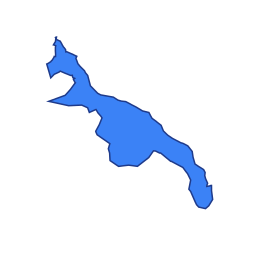 outline of Oyigbo, Rivers, Nigeria, rotated 33°
{"feature_id": "59680162B52775693188226", "entity_name": "Oyigbo", "entity_type": "district", "adm_level": 2, "iso_a3": "NGA", "parent_name": "Nigeria", "parent_adm1": "Rivers", "projection": "mercator", "projection_center": [7.218, 4.833], "detail": "fine", "context": "isolated", "style": "filled", "palette": "blue", "viewbox_px": 256, "rotation_deg": 33, "n_neighbors": 0, "source": "geoboundaries", "source_scale": "gbopen_adm2", "svg_char_len": 2856}
<svg xmlns="http://www.w3.org/2000/svg" viewBox="0 0 256 256"><g transform="rotate(33 128 128)"><path d="M141.0,165.3L141.4,165.0L144.8,162.1L148.8,158.8L151.9,157.3L156.8,155.0L161.5,141.5L161.8,133.3L163.7,132.3L168.1,131.8L169.0,131.2L181.9,132.7L182.9,132.2L183.2,132.3L195.5,131.2L200.5,133.1L202.9,133.9L208.9,137.5L212.4,146.2L215.1,147.1L224.5,153.3L227.3,155.0L230.4,155.8L236.9,153.4L238.1,149.3L237.9,141.8L232.2,135.1L230.9,133.1L229.3,130.7L228.9,130.9L228.3,131.8L227.4,132.7L225.9,134.1L225.2,132.6L224.9,131.0L220.6,128.2L218.5,126.3L218.4,126.3L216.9,123.3L214.1,121.7L211.0,121.7L208.3,121.8L203.8,121.7L198.5,117.1L194.6,112.7L187.9,110.4L185.7,110.6L182.8,110.9L181.9,111.1L180.4,111.6L171.0,112.5L165.4,112.4L163.7,112.1L159.3,111.2L158.3,110.5L154.3,107.7L149.5,107.3L148.2,107.1L144.7,106.9L142.9,106.8L140.4,105.5L137.1,103.6L130.8,105.8L129.5,105.8L124.0,106.0L123.5,106.0L117.8,106.6L117.0,106.6L111.7,107.1L107.7,109.1L106.7,109.4L104.3,110.1L98.9,110.1L87.1,115.1L83.6,115.4L73.5,113.1L68.1,108.2L65.6,105.9L62.1,104.8L60.4,103.7L55.6,102.7L53.9,102.3L52.4,101.8L51.0,101.4L47.7,98.9L46.4,98.0L45.9,95.1L45.7,95.9L45.1,96.1L44.5,96.0L44.1,96.0L43.4,96.1L42.9,96.2L42.3,96.2L41.6,96.3L40.8,96.4L40.5,96.5L38.2,96.9L36.9,97.1L35.0,97.4L34.9,97.5L34.5,98.0L34.1,97.6L33.6,97.1L33.2,96.7L33.1,96.4L32.7,96.2L32.3,96.0L31.8,95.8L31.1,95.6L30.7,95.4L30.2,95.3L29.7,95.2L29.3,95.0L29.0,94.8L27.7,94.2L27.1,93.8L26.8,93.7L26.4,93.4L25.8,93.1L25.4,92.9L25.0,92.7L24.6,92.5L24.2,92.3L24.0,92.1L23.8,92.1L23.6,92.2L22.0,92.4L20.6,92.6L19.9,92.8L19.8,92.7L19.7,92.5L19.6,92.4L19.4,92.4L19.2,92.3L19.1,92.2L18.8,91.5L18.7,91.1L18.5,90.7L18.0,91.2L17.9,91.7L18.3,91.8L18.5,92.0L19.1,93.1L19.4,93.7L19.7,94.2L19.8,94.5L20.0,94.9L20.1,95.2L20.1,95.5L20.1,96.1L20.1,97.3L20.2,98.9L20.7,98.7L22.5,98.3L22.9,99.2L23.2,99.9L23.4,100.2L23.9,101.0L24.7,102.2L24.9,102.6L27.1,105.6L27.7,106.6L28.3,107.5L27.2,108.2L27.3,108.3L27.4,108.6L27.4,109.0L27.4,109.5L27.4,110.1L27.5,110.5L27.4,111.2L27.4,111.7L27.5,112.1L27.4,112.7L27.2,113.3L27.1,113.9L27.1,114.6L26.9,115.0L26.5,115.6L26.2,116.5L26.0,117.0L25.0,118.6L31.4,124.1L35.9,128.0L36.9,123.1L39.3,119.3L39.8,118.5L40.2,117.2L45.6,116.3L47.9,115.8L50.1,115.4L50.7,115.3L51.0,115.2L51.4,115.1L51.7,114.9L52.1,114.6L52.3,114.3L52.6,114.1L53.3,114.9L53.8,115.4L54.1,115.6L54.4,115.7L54.7,115.7L55.3,115.6L56.2,115.4L56.1,115.7L55.9,116.2L55.6,116.8L55.9,117.0L56.5,117.4L56.9,117.6L57.6,118.0L58.1,118.3L58.9,118.8L59.2,118.8L59.1,119.8L58.7,127.0L58.0,131.8L57.5,134.8L47.0,148.8L66.1,141.6L76.7,134.0L83.1,133.0L87.1,136.0L91.0,130.0L91.1,129.9L94.6,131.7L98.9,132.9L100.7,133.7L102.1,140.9L102.6,147.2L102.7,148.3L103.6,149.1L103.8,149.2L105.8,150.5L121.3,151.0L122.8,156.1L126.2,159.0L130.6,165.0L130.8,165.1L139.2,165.3L141.0,165.3Z" fill="#3b82f6" stroke="#1e3a8a" stroke-width="1.5"/></g></svg>